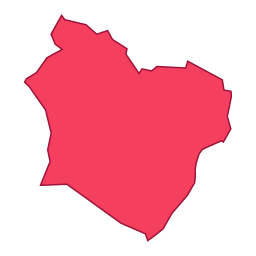 Bogdantsi, Bogdanci, North Macedonia
{"feature_id": "65306769B60147523647729", "entity_name": "Bogdantsi", "entity_type": "district", "adm_level": 2, "iso_a3": "MKD", "parent_name": "North Macedonia", "parent_adm1": "Bogdanci", "projection": "albers", "projection_center": [22.598, 41.193], "detail": "fine", "context": "isolated", "style": "filled", "palette": "rose", "viewbox_px": 256, "rotation_deg": 0, "n_neighbors": 0, "source": "geoboundaries", "source_scale": "gbopen_adm2", "svg_char_len": 759}
<svg xmlns="http://www.w3.org/2000/svg" viewBox="0 0 256 256"><path d="M107.6,30.6L96.7,34.2L86.1,24.8L64.8,19.7L61.6,15.4L51.1,34.2L55.2,44.2L62.2,49.4L47.0,57.7L36.5,72.6L26.5,78.7L24.6,82.2L29.3,86.7L45.6,110.0L51.2,133.1L47.7,149.8L50.1,161.6L40.5,185.3L66.8,184.2L121.0,223.2L145.4,233.8L147.8,240.6L155.5,235.0L163.2,228.7L171.9,213.3L175.4,209.3L177.9,206.4L187.5,195.2L193.4,184.8L194.6,182.8L194.8,181.5L195.4,174.2L195.1,170.8L196.1,163.2L199.1,153.8L202.2,149.6L204.9,148.2L216.1,143.1L221.6,140.8L223.4,142.1L230.8,128.8L227.3,116.6L231.4,96.3L231.0,91.3L224.0,90.1L222.3,79.9L187.7,61.2L185.7,68.0L156.9,66.5L151.7,70.9L141.9,68.9L139.1,73.5L125.9,54.2L127.0,48.8L112.5,39.5L107.6,30.6Z" fill="#f43f5e" stroke="#9f1239" stroke-width="1.5"/></svg>